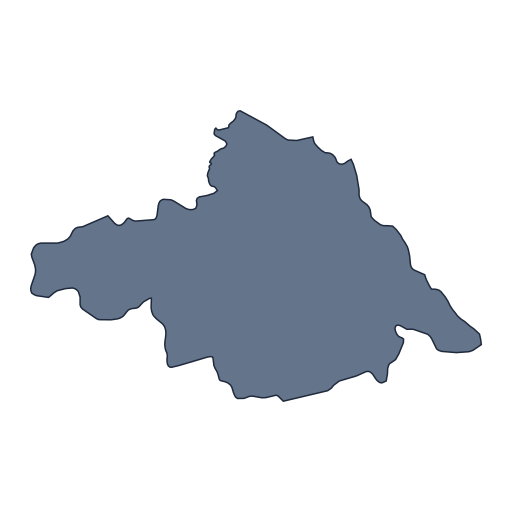 SVG path tracing the border of Arhangay
{"feature_id": "MNG-3316", "entity_name": "Arhangay", "entity_type": "Province", "adm_level": 1, "iso_a3": "MNG", "parent_name": "Mongolia", "parent_adm1": "", "projection": "albers", "projection_center": [100.83, 48.018], "detail": "fine", "context": "isolated", "style": "filled", "palette": "slate", "viewbox_px": 512, "rotation_deg": 0, "n_neighbors": 0, "source": "natural_earth", "source_scale": "10m", "svg_char_len": 4315}
<svg xmlns="http://www.w3.org/2000/svg" viewBox="0 0 512 512"><path d="M312.8,136.9L313.8,141.4L314.8,143.6L317.8,147.1L319.5,148.6L321.2,150.3L325.1,152.7L328.1,152.9L330.1,153.3L331.0,153.7L332.8,154.8L334.9,157.1L335.8,158.8L336.6,161.2L337.5,162.6L338.9,163.6L340.4,164.1L342.2,164.2L344.6,163.4L347.7,161.1L351.1,159.3L353.5,164.6L356.7,175.4L359.0,189.3L359.1,191.2L359.0,194.6L359.6,197.3L360.3,199.0L361.5,200.5L363.0,201.8L366.9,204.6L368.9,207.0L370.2,210.0L371.2,216.8L373.6,219.5L374.9,220.7L380.3,224.6L382.1,225.3L383.9,225.7L387.8,225.7L392.6,226.1L396.5,229.9L400.8,235.5L402.6,239.2L404.9,242.5L407.3,246.7L408.3,249.6L409.6,255.7L410.5,264.7L411.1,266.7L411.6,267.7L412.9,269.2L414.5,270.2L420.1,272.7L424.7,274.7L425.8,278.2L426.5,280.0L429.4,285.8L431.4,289.1L435.3,289.2L437.3,289.6L439.0,290.2L441.0,291.7L445.2,296.9L447.9,301.2L449.9,305.4L452.6,309.7L454.8,312.3L457.5,315.9L461.0,319.1L464.8,321.6L470.2,326.3L473.8,328.8L479.5,334.1L480.7,339.6L481.3,344.6L472.8,350.4L469.0,351.7L456.2,352.6L441.6,351.4L438.5,350.3L436.6,348.9L431.9,339.2L430.2,336.5L427.8,334.3L413.6,329.4L411.4,329.2L406.9,329.3L400.2,325.6L399.0,325.3L396.9,325.2L395.6,326.3L395.0,328.2L395.3,330.6L396.2,332.9L397.3,334.9L398.7,336.4L400.5,337.3L402.3,338.0L403.6,339.1L403.4,342.7L398.8,353.9L395.6,359.6L389.3,363.9L388.5,365.7L387.7,368.3L387.4,374.2L386.2,381.0L381.9,382.9L379.7,382.5L377.6,381.0L376.0,379.2L372.6,374.1L370.4,372.1L368.4,371.4L366.1,371.6L356.5,375.9L339.3,381.0L333.6,385.3L331.4,388.1L327.7,390.7L283.3,401.2L278.1,396.0L276.2,395.2L265.9,397.6L262.1,397.8L253.0,396.2L249.9,396.2L244.0,398.4L237.7,398.5L235.9,397.4L234.8,395.8L233.6,393.0L231.9,387.4L230.5,385.0L227.8,382.9L225.2,381.8L220.8,380.7L220.0,380.3L219.2,379.1L218.1,374.7L217.1,371.8L215.1,368.4L213.9,365.5L213.0,357.9L212.1,356.8L210.4,356.6L207.8,357.0L179.0,365.5L171.5,367.3L169.9,367.1L168.4,366.0L167.4,364.0L167.0,361.1L167.0,358.6L167.3,356.4L167.2,354.6L166.8,352.8L165.8,350.6L165.2,348.4L164.8,345.0L164.9,342.0L165.7,336.0L165.9,332.9L165.6,329.9L164.6,326.7L162.6,323.9L156.5,318.9L154.1,316.4L152.8,314.5L151.7,311.4L151.1,307.8L151.4,298.2L149.5,298.4L143.6,301.8L141.5,303.9L139.9,305.7L138.5,307.1L136.8,308.0L131.5,308.7L129.4,309.4L127.7,310.6L123.5,315.9L121.8,317.1L120.4,317.9L117.9,318.8L111.2,319.8L101.2,319.7L98.7,319.6L96.5,318.7L82.5,309.0L80.9,307.1L80.1,304.9L80.1,297.0L78.4,291.8L77.3,290.4L76.2,289.5L74.9,288.7L73.5,288.2L72.1,288.0L65.5,288.6L57.3,290.7L54.1,292.7L48.6,297.4L36.7,295.7L34.4,294.8L31.9,293.2L31.0,291.2L30.7,288.9L31.1,286.1L35.0,274.7L35.5,272.1L35.5,268.8L34.6,264.6L31.9,257.3L31.3,254.1L33.6,247.9L34.8,246.4L36.4,244.7L38.4,243.7L40.8,243.1L57.8,243.1L64.0,241.3L67.7,239.1L70.2,236.4L73.0,230.8L75.4,228.3L77.9,227.3L82.7,226.7L107.9,215.8L114.7,223.4L117.2,225.1L119.1,225.4L121.3,224.9L123.7,223.1L125.3,221.2L126.4,219.5L127.4,218.5L128.5,218.1L130.0,218.7L131.7,219.8L133.4,220.6L135.3,221.1L153.3,219.7L154.9,219.3L156.1,218.0L157.0,215.4L158.3,205.4L159.0,203.0L160.0,201.2L161.8,199.9L163.5,199.3L171.0,199.8L173.9,201.1L185.9,208.5L188.1,209.3L190.5,209.7L193.5,209.4L195.8,208.2L196.9,205.3L196.8,203.1L196.4,200.5L197.2,198.3L199.3,196.9L206.9,195.5L213.9,193.3L217.4,190.6L215.7,188.0L214.9,187.2L214.4,186.8L213.9,186.5L212.4,186.3L211.3,185.9L210.9,185.6L210.5,185.2L209.9,184.3L209.1,182.6L208.7,181.4L208.5,179.6L208.4,178.3L207.5,176.3L207.4,175.5L207.6,174.0L208.0,172.6L208.8,170.4L209.4,169.2L209.5,168.1L209.3,167.5L209.1,166.9L209.2,166.3L209.5,165.8L211.0,164.4L211.4,163.9L211.3,163.4L211.0,163.0L209.8,162.5L209.7,161.9L210.2,160.9L211.4,158.9L212.9,157.4L214.0,156.1L214.5,155.4L214.4,154.6L214.1,154.1L214.1,153.5L214.3,152.9L215.9,151.9L217.1,151.4L220.3,149.2L221.3,148.7L222.2,148.4L222.7,148.4L223.3,148.3L223.9,147.9L225.6,146.4L226.1,145.7L226.7,144.5L226.8,143.9L226.7,143.5L225.2,141.0L215.8,135.8L214.9,135.0L214.3,134.3L214.1,133.0L214.3,132.3L214.5,130.7L214.8,129.2L215.9,128.1L217.4,129.8L219.1,130.0L228.4,127.7L228.8,126.8L228.8,125.7L229.0,124.9L230.3,123.4L233.2,121.2L234.6,119.6L235.6,117.9L235.9,116.9L236.1,114.6L236.2,114.0L236.4,113.5L236.8,112.9L237.2,112.2L238.2,111.2L240.2,110.8L242.4,112.0L266.7,125.1L285.2,138.6L287.9,140.0L296.7,140.5L312.8,136.9Z" fill="#64748b" stroke="#1e293b" stroke-width="1.5"/></svg>